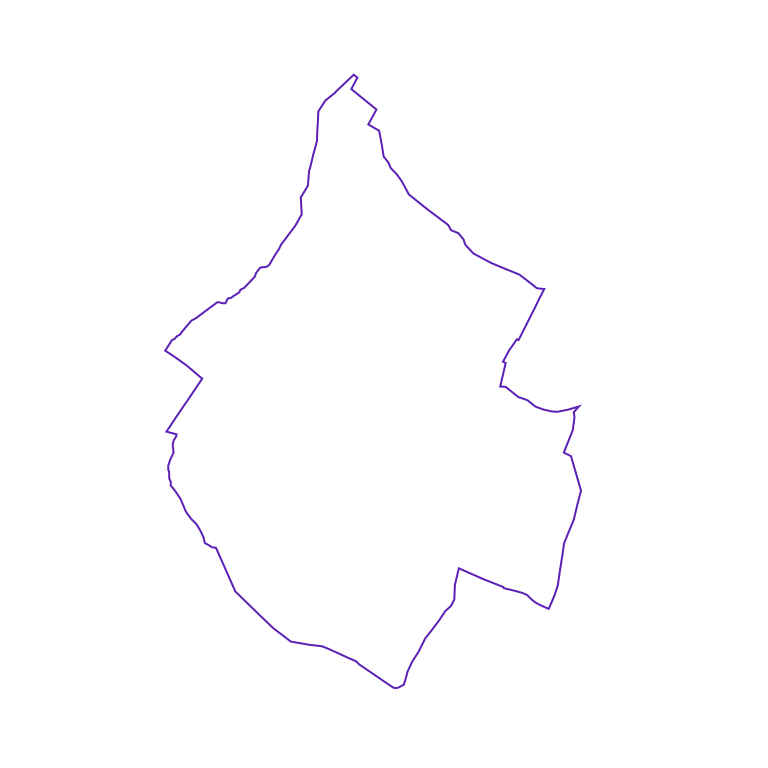 the district of Tepeyahualco de Cuauhtémoc, Puebla, Mexico, rotated 15°
{"feature_id": "50627088B31864434052112", "entity_name": "Tepeyahualco de Cuauhtémoc", "entity_type": "district", "adm_level": 2, "iso_a3": "MEX", "parent_name": "Mexico", "parent_adm1": "Puebla", "projection": "robinson", "projection_center": [-97.87, 18.81], "detail": "fine", "context": "isolated", "style": "outline", "palette": "violet", "viewbox_px": 768, "rotation_deg": 15, "n_neighbors": 0, "source": "geoboundaries", "source_scale": "gbopen_adm2", "svg_char_len": 2982}
<svg xmlns="http://www.w3.org/2000/svg" viewBox="0 0 768 768"><g transform="rotate(15 384 384)"><path d="M481.0,669.2L481.2,663.7L481.2,655.9L483.1,644.9L486.7,633.6L489.7,619.0L494.1,608.8L498.5,597.9L501.9,587.6L506.1,581.2L507.7,573.9L504.5,559.9L504.0,542.7L531.2,546.9L551.8,549.2L552.8,550.2L563.3,549.9L571.6,550.0L576.7,550.7L582.7,554.1L586.8,555.9L592.6,557.2L601.3,558.6L602.6,549.9L603.5,543.0L604.0,533.5L602.4,520.2L600.5,502.2L599.2,491.4L600.8,478.0L602.4,466.2L602.3,461.1L602.0,450.4L601.9,436.0L583.3,405.3L575.5,403.7L575.5,403.3L578.3,379.6L577.0,369.8L576.5,366.5L574.6,362.0L578.1,355.2L568.5,361.1L558.4,366.1L552.9,367.1L544.7,367.4L535.9,366.6L527.0,362.6L522.7,362.2L517.2,361.9L502.3,355.3L496.9,356.3L496.1,332.2L493.2,331.7L496.4,318.1L496.6,318.0L500.7,306.7L500.8,306.4L502.6,306.7L505.9,291.1L507.7,282.3L510.0,271.4L511.6,262.8L513.0,256.4L514.2,250.8L509.3,251.6L506.9,251.9L486.6,243.3L472.1,241.5L455.9,239.3L436.6,234.8L426.3,228.3L423.5,223.9L417.0,219.1L409.0,218.1L404.9,213.8L396.3,210.3L381.5,204.4L359.0,194.5L348.8,183.7L342.3,178.3L334.5,173.6L331.0,169.0L324.8,164.4L320.1,153.8L313.7,140.6L301.7,137.4L305.7,120.8L305.2,120.6L276.1,107.6L279.0,95.0L274.8,93.1L274.6,93.3L264.1,110.4L261.6,114.5L261.6,115.1L259.1,118.4L254.2,125.1L253.9,125.6L252.8,129.1L250.2,137.2L250.2,137.6L250.1,137.8L253.3,152.8L253.3,153.4L256.4,166.9L256.4,167.6L256.3,182.1L256.4,182.7L256.7,196.0L256.4,197.0L259.1,211.9L259.1,212.2L259.0,212.6L255.5,224.7L255.3,225.2L260.7,241.7L260.4,242.2L257.4,253.9L257.2,254.5L248.5,276.1L248.3,277.1L247.6,280.9L247.4,281.5L245.2,288.0L242.3,298.7L240.9,300.6L238.5,302.1L235.9,302.7L234.1,304.1L231.7,309.8L231.5,313.6L224.1,327.3L220.8,330.3L220.7,331.8L220.3,333.2L215.8,338.0L213.7,340.6L211.4,341.5L210.6,342.8L210.4,346.0L209.9,347.0L208.6,347.5L205.5,347.8L202.8,347.8L201.7,348.3L186.5,367.6L185.9,368.6L181.7,372.5L180.9,374.0L175.0,386.6L174.6,388.2L174.0,389.3L172.9,390.1L171.8,391.3L170.0,394.5L168.8,395.6L167.5,397.1L167.4,398.1L164.0,408.4L172.8,411.3L187.7,416.8L207.0,425.9L202.8,438.1L199.0,449.3L197.2,454.3L191.6,470.3L191.3,471.2L191.2,471.6L189.8,475.7L187.2,483.4L186.2,486.3L196.7,486.3L196.8,488.1L196.3,490.5L195.6,492.2L195.4,495.6L195.9,498.2L196.1,498.7L196.5,499.6L197.8,503.0L198.5,504.8L197.1,512.4L196.7,518.4L196.9,519.1L197.8,522.6L199.1,524.3L200.2,528.0L200.4,528.9L201.0,530.8L203.4,533.8L204.3,537.3L209.4,540.9L213.6,544.5L214.8,545.6L216.9,547.3L222.7,554.7L223.2,555.4L225.9,558.8L232.6,564.2L234.7,565.4L238.6,567.6L239.0,567.8L244.7,573.3L249.4,578.9L249.8,579.6L251.5,582.8L252.3,584.1L255.9,584.8L260.1,586.2L264.1,585.7L269.5,592.4L290.6,618.5L293.2,621.8L294.1,622.9L300.2,626.3L324.7,640.0L340.2,648.5L360.6,656.9L378.8,655.3L389.6,653.7L392.5,653.4L398.1,654.1L405.7,655.3L414.4,656.8L421.6,658.0L428.8,659.1L432.7,661.3L461.2,671.3L465.8,672.9L468.9,674.0L471.9,674.9L474.1,674.7L476.5,673.5L481.0,669.2Z" fill="none" stroke="#5b21b6" stroke-width="2"/></g></svg>